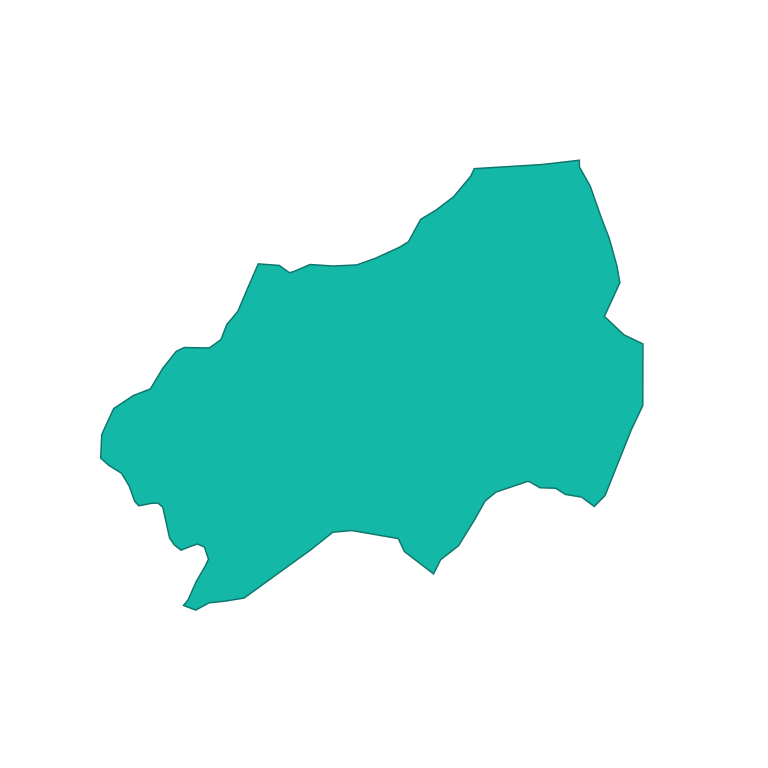 outline of Haute-Sanaga, Centre, Cameroon, rotated 18°
{"feature_id": "32672807B25561230915667", "entity_name": "Haute-Sanaga", "entity_type": "district", "adm_level": 2, "iso_a3": "CMR", "parent_name": "Cameroon", "parent_adm1": "Centre", "projection": "equal_earth", "projection_center": [12.366, 4.679], "detail": "fine", "context": "isolated", "style": "filled", "palette": "teal", "viewbox_px": 768, "rotation_deg": 18, "n_neighbors": 0, "source": "geoboundaries", "source_scale": "gbopen_adm2", "svg_char_len": 1382}
<svg xmlns="http://www.w3.org/2000/svg" viewBox="0 0 768 768"><g transform="rotate(18 384 384)"><path d="M621.8,435.5L628.7,421.7L633.3,351.6L633.7,348.1L636.8,324.6L617.9,265.9L597.0,263.1L572.7,251.6L575.2,230.6L577.0,214.8L568.9,199.5L553.1,175.7L540.2,159.9L518.9,132.0L502.7,117.1L500.7,110.8L466.1,126.6L403.3,151.3L402.3,159.5L392.3,184.4L379.6,202.7L368.0,216.0L363.3,241.1L356.5,249.1L336.7,267.3L321.4,279.1L299.6,287.4L276.8,293.2L263.4,304.9L259.7,307.4L247.7,303.6L227.3,308.6L224.5,337.3L223.0,354.8L222.6,359.8L218.1,371.1L216.1,376.0L215.2,392.2L206.9,403.5L199.4,406.0L182.8,411.0L179.4,414.2L176.3,417.2L168.8,437.2L163.3,460.9L149.4,472.2L144.1,478.8L134.5,490.9L131.7,514.6L131.2,519.5L137.5,542.1L147.4,546.4L161.9,550.0L173.2,559.8L175.0,562.1L182.2,571.4L183.1,572.6L188.5,575.6L199.4,569.5L205.7,567.1L211.6,569.5L217.0,578.6L227.0,595.6L227.8,596.9L234.2,601.8L242.3,604.8L243.5,603.8L250.4,598.1L255.9,593.9L263.5,594.5L271.2,604.8L270.3,612.1L266.5,629.8L266.1,633.4L264.4,649.9L261.7,656.6L274.8,657.2L285.2,646.2L286.6,645.6L300.2,639.5L317.1,630.8L357.1,575.9L365.4,564.6L379.8,542.8L381.1,540.8L398.7,533.3L445.4,526.6L455.3,537.1L489.8,549.3L492.2,533.5L504.8,514.9L512.2,484.7L516.3,464.2L523.9,452.2L550.7,432.2L552.7,432.0L564.4,434.5L579.4,430.1L590.6,433.0L606.9,430.5L621.8,435.5Z" fill="#14b8a6" stroke="#0f766e" stroke-width="1.5"/></g></svg>